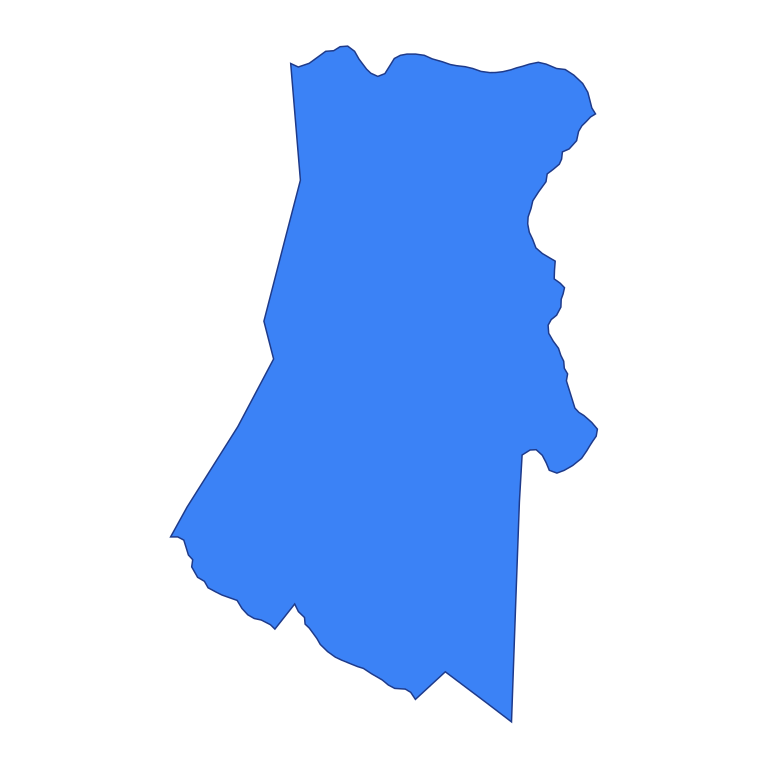 the district of Itatim, Bahia, Brazil
{"feature_id": "56859067B14041367173049", "entity_name": "Itatim", "entity_type": "district", "adm_level": 2, "iso_a3": "BRA", "parent_name": "Brazil", "parent_adm1": "Bahia", "projection": "albers", "projection_center": [-39.715, -12.718], "detail": "fine", "context": "isolated", "style": "filled", "palette": "blue", "viewbox_px": 768, "rotation_deg": 0, "n_neighbors": 0, "source": "geoboundaries", "source_scale": "gbopen_adm2", "svg_char_len": 1974}
<svg xmlns="http://www.w3.org/2000/svg" viewBox="0 0 768 768"><path d="M170.6,536.9L177.7,536.9L183.8,540.1L186.3,548.1L188.4,555.0L192.7,559.7L191.7,566.9L197.6,577.3L204.4,581.3L208.1,587.8L215.9,592.0L221.9,595.0L229.2,597.6L237.1,600.4L242.0,608.5L247.8,614.8L254.2,618.5L261.2,620.0L270.4,624.7L274.9,629.1L294.7,604.0L298.4,611.6L304.5,617.5L305.1,624.1L309.3,628.1L316.9,638.5L320.3,644.5L327.6,651.6L335.4,657.2L342.0,660.3L352.1,664.4L357.6,666.6L363.4,668.4L371.6,673.8L382.3,680.0L388.3,685.0L394.7,688.4L405.3,689.1L410.7,692.3L415.4,699.4L445.3,671.8L484.1,701.0L511.5,721.9L515.7,603.1L519.4,501.8L522.1,455.0L530.1,450.0L536.2,449.7L542.3,455.3L546.2,462.8L549.3,470.3L556.9,473.1L564.3,470.3L572.7,465.5L581.6,458.3L586.7,450.9L589.8,445.7L592.9,440.9L596.2,436.2L597.4,429.1L591.7,422.4L584.0,415.6L578.9,412.4L574.9,408.1L566.4,380.8L567.6,373.9L564.3,368.3L563.7,361.2L560.8,355.3L558.5,348.3L553.2,341.1L548.7,333.3L548.1,325.2L551.2,319.6L556.6,315.2L560.9,307.1L561.2,299.2L563.1,293.9L564.5,287.7L560.3,283.3L554.2,278.9L554.5,270.2L555.2,261.1L549.7,257.9L542.3,253.5L535.9,247.9L532.6,239.2L529.3,232.3L527.7,223.9L528.1,217.0L531.0,208.6L532.8,200.8L538.7,191.7L546.0,181.7L547.2,173.9L553.4,169.2L559.3,164.2L561.6,159.1L562.4,151.9L569.2,148.9L576.6,140.7L578.6,131.4L581.9,125.8L586.2,121.6L590.5,117.0L595.5,113.9L591.8,107.9L589.7,99.6L587.8,92.3L582.7,83.5L573.8,75.1L565.2,69.5L556.6,68.5L546.1,64.1L538.3,62.3L529.5,64.1L522.5,66.3L516.4,67.9L510.9,69.8L502.8,71.7L495.8,72.5L489.8,72.6L481.0,71.4L472.8,68.5L465.2,66.7L456.6,65.7L450.2,64.5L442.8,61.9L432.3,58.9L424.3,55.3L415.7,54.1L406.9,54.1L400.4,55.3L394.3,58.5L390.8,64.2L384.9,73.6L377.8,76.4L370.8,73.2L366.6,69.2L359.0,59.1L354.6,51.3L347.7,46.1L340.1,46.7L333.7,50.7L325.7,51.3L319.1,56.1L309.2,63.3L298.3,67.0L290.7,63.5L300.4,180.2L298.3,188.3L284.9,239.8L263.9,321.2L273.6,359.0L237.9,426.5L187.1,507.0L170.6,536.9Z" fill="#3b82f6" stroke="#1e3a8a" stroke-width="1.5"/></svg>